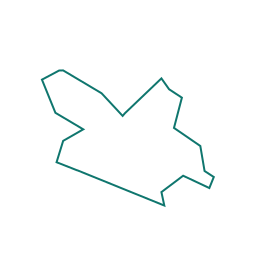 Danville, Virginia, United States of America (Natural Earth projection), rotated 22°
{"feature_id": "52423323B58138369943141", "entity_name": "Danville", "entity_type": "district", "adm_level": 2, "iso_a3": "USA", "parent_name": "United States of America", "parent_adm1": "Virginia", "projection": "natural_earth1", "projection_center": [-79.406, 36.593], "detail": "fine", "context": "isolated", "style": "outline", "palette": "teal", "viewbox_px": 256, "rotation_deg": 22, "n_neighbors": 0, "source": "geoboundaries", "source_scale": "gbopen_adm2", "svg_char_len": 439}
<svg xmlns="http://www.w3.org/2000/svg" viewBox="0 0 256 256"><g transform="rotate(22 128 128)"><path d="M190.7,186.3L183.0,174.9L197.0,151.6L225.9,153.2L225.9,141.3L215.1,139.2L201.8,117.6L170.6,110.7L166.6,79.7L151.6,76.7L140.4,69.5L119.6,115.5L118.5,118.8L90.5,105.7L46.3,98.9L42.6,100.5L30.1,115.4L55.0,141.1L87.0,146.0L72.7,164.2L74.6,186.5L96.6,186.3L96.9,186.2L190.7,186.3Z" fill="none" stroke="#0f766e" stroke-width="2"/></g></svg>